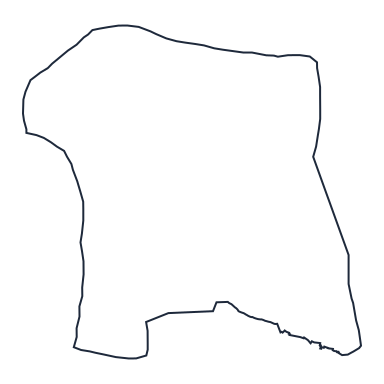 the district of Ifedore, Ondo, Nigeria
{"feature_id": "59680162B99856631560735", "entity_name": "Ifedore", "entity_type": "district", "adm_level": 2, "iso_a3": "NGA", "parent_name": "Nigeria", "parent_adm1": "Ondo", "projection": "orthographic", "projection_center": [5.135, 7.355], "detail": "fine", "context": "isolated", "style": "outline", "palette": "slate", "viewbox_px": 384, "rotation_deg": 0, "n_neighbors": 0, "source": "geoboundaries", "source_scale": "gbopen_adm2", "svg_char_len": 2541}
<svg xmlns="http://www.w3.org/2000/svg" viewBox="0 0 384 384"><path d="M317.0,62.3L309.8,56.5L299.6,55.1L288.0,55.2L281.2,56.2L277.9,56.7L273.9,55.6L266.3,55.3L251.8,52.5L243.1,52.5L233.0,51.1L222.8,49.7L214.2,48.3L204.0,45.4L195.3,44.0L185.2,42.6L176.5,41.2L166.3,38.4L156.2,34.1L151.2,31.7L150.6,31.4L138.7,26.9L127.2,25.5L118.5,25.6L108.3,27.1L99.7,28.6L96.2,29.3L92.4,30.1L88.1,34.5L83.8,37.4L76.6,44.7L67.9,50.6L52.1,63.7L47.8,68.1L40.3,72.6L34.9,76.8L30.5,80.1L25.5,91.7L23.7,98.4L23.4,99.6L23.2,106.7L23.0,113.6L24.0,120.7L26.4,129.3L26.4,132.9L36.5,135.1L43.8,137.9L51.0,142.3L56.9,146.6L64.1,150.9L67.0,156.7L71.4,164.0L72.9,169.8L77.3,181.4L78.2,184.5L80.3,191.5L83.2,201.7L83.3,209.0L83.3,220.6L81.9,233.7L80.5,242.4L82.0,251.1L83.5,261.3L83.6,274.4L82.2,287.5L82.3,296.2L79.4,306.4L79.5,316.6L76.6,328.2L76.7,337.0L73.8,347.2L81.1,350.0L89.8,351.4L95.6,352.8L102.9,354.3L115.9,357.1L129.0,358.5L136.2,358.4L146.3,355.5L147.7,349.7L147.7,343.8L147.6,330.8L146.1,322.0L168.4,313.1L194.2,312.0L213.0,311.2L216.5,302.3L225.4,302.0L227.8,301.9L229.2,303.1L231.5,304.2L235.0,307.4L236.2,308.2L237.6,309.6L238.3,310.9L239.1,311.5L240.8,312.2L242.2,312.7L243.5,313.1L244.5,313.6L245.5,314.3L247.0,315.1L248.1,315.8L249.8,316.6L251.3,317.1L252.3,317.0L254.4,318.0L256.2,318.6L258.0,319.1L260.2,319.4L261.6,319.4L263.4,320.0L265.1,320.8L266.7,321.2L268.4,321.7L270.5,322.1L274.2,323.8L275.4,324.0L277.2,323.8L278.8,328.0L280.5,332.4L281.7,331.8L282.6,332.6L283.1,332.2L283.5,331.8L283.7,331.6L284.7,330.5L285.1,330.8L286.4,331.8L289.1,332.8L288.8,333.8L289.6,334.1L289.9,334.2L289.6,335.0L300.3,337.1L303.7,338.3L304.1,337.5L307.9,340.1L309.2,341.6L309.3,341.8L309.8,342.2L310.1,342.8L310.6,343.3L311.1,342.5L311.9,341.3L312.4,341.6L314.2,342.4L319.6,343.0L320.2,343.1L319.8,345.2L320.7,345.4L320.4,346.3L320.9,346.4L320.8,346.8L320.7,347.1L320.5,348.1L320.3,348.5L321.2,348.7L321.5,347.1L323.8,347.8L324.3,346.6L326.1,347.3L327.7,347.8L327.7,348.1L328.5,348.2L328.5,348.3L329.1,348.5L329.8,348.5L331.2,348.7L332.9,348.9L332.8,349.3L332.7,350.2L333.5,350.5L333.7,350.8L334.6,351.0L335.2,351.2L336.5,351.2L336.9,352.1L338.5,351.8L338.9,352.5L338.6,353.0L339.3,353.4L342.1,355.1L347.8,354.6L351.2,352.7L353.3,351.6L359.1,348.1L361.0,345.7L359.7,336.4L358.8,330.2L356.1,320.4L353.1,302.9L351.6,298.6L348.6,284.0L348.6,255.0L329.6,202.3L325.9,192.1L313.2,156.8L316.1,146.6L318.0,134.5L318.9,129.1L320.2,119.0L320.2,114.6L320.2,108.8L320.1,95.7L320.1,87.0L318.6,76.8L317.1,68.1L317.0,62.3Z" fill="none" stroke="#1e293b" stroke-width="2"/></svg>